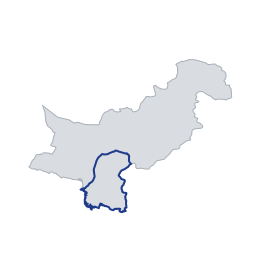 Sind on a map of Pakistan (Natural Earth projection), rotated 19°
{"feature_id": "PAK-1114", "entity_name": "Sind", "entity_type": "Province", "adm_level": 1, "iso_a3": "PAK", "parent_name": "Pakistan", "parent_adm1": "", "projection": "natural_earth1", "projection_center": [68.493, 26.111], "detail": "fine", "context": "in_parent", "style": "outline", "palette": "blue", "viewbox_px": 256, "rotation_deg": 19, "n_neighbors": 0, "source": "natural_earth", "source_scale": "10m", "svg_char_len": 8912}
<svg xmlns="http://www.w3.org/2000/svg" viewBox="0 0 256 256"><g transform="rotate(19 128 128)"><path d="M212.7,57.4L215.9,64.8L215.5,66.3L213.2,67.5L212.3,69.1L211.2,69.7L209.7,69.5L206.6,70.6L205.2,70.6L201.7,72.8L198.9,72.4L196.0,71.0L193.5,70.9L186.4,69.3L182.8,70.8L181.1,74.5L181.3,75.2L182.5,75.7L183.0,76.4L183.1,77.0L182.3,78.5L182.8,79.3L186.0,79.7L186.1,80.2L185.7,81.0L183.4,82.3L183.2,83.2L183.5,84.4L185.1,86.1L184.8,87.7L183.5,89.6L183.6,90.3L184.9,91.8L186.9,93.0L187.2,94.7L186.9,95.4L187.5,95.9L190.8,96.1L190.6,98.1L191.1,99.6L192.3,100.1L194.4,100.0L197.1,101.2L198.2,102.4L198.1,103.3L197.4,104.3L191.8,106.8L189.9,108.6L189.4,110.0L190.4,113.3L189.6,117.0L189.8,117.7L190.6,118.0L190.9,119.0L188.1,120.9L187.7,120.9L184.2,125.9L183.0,127.0L182.8,128.1L183.4,129.9L182.1,131.6L177.4,133.7L175.8,138.8L172.3,145.8L166.2,149.5L165.6,150.2L163.9,154.9L161.9,157.1L161.1,160.0L157.5,161.2L153.5,161.7L150.1,163.3L149.3,163.4L148.1,162.6L147.4,160.3L145.8,159.2L144.9,159.1L142.1,161.5L139.3,166.5L135.4,171.2L134.7,175.4L135.1,176.2L137.6,177.8L141.2,178.4L142.2,179.4L142.0,183.3L141.4,185.2L141.7,187.3L143.5,190.0L145.5,190.4L146.9,190.1L147.8,190.6L147.8,193.8L150.3,198.6L152.2,203.6L151.5,204.5L151.4,205.2L151.4,206.3L152.2,207.1L152.2,207.5L150.5,208.2L149.6,209.3L148.6,209.6L147.1,209.1L146.7,207.2L146.1,207.3L141.7,209.0L140.9,210.2L138.5,210.6L137.5,210.5L135.7,209.1L128.4,208.9L127.6,209.3L127.1,208.6L126.5,209.2L126.4,213.3L123.8,213.2L121.5,213.7L120.2,214.7L119.7,216.1L118.8,214.8L117.8,215.1L116.8,214.1L116.4,215.1L114.7,215.3L114.4,213.8L113.5,214.4L112.8,213.6L112.6,212.5L111.3,211.6L110.7,210.5L110.5,207.9L109.2,202.7L108.4,202.2L104.0,201.3L103.8,200.4L103.9,196.4L102.5,194.4L102.1,193.0L101.0,191.8L99.8,191.4L98.6,191.6L97.7,192.9L100.2,192.7L101.4,193.5L98.8,193.3L94.9,193.9L92.7,194.7L89.6,194.5L85.8,195.3L82.6,195.4L81.3,197.0L80.0,196.3L75.7,195.0L74.7,194.1L73.3,194.9L70.9,194.3L69.1,194.8L68.4,195.5L68.4,196.7L64.8,196.1L63.1,196.5L59.2,195.9L58.2,196.1L55.3,197.7L54.0,196.5L52.8,197.4L50.8,197.7L48.9,197.6L47.0,197.0L47.6,195.6L48.2,189.5L49.2,188.2L49.9,183.9L50.2,183.1L53.0,181.9L53.4,181.2L54.7,181.4L55.5,179.6L56.9,178.7L60.8,177.6L64.9,177.5L65.2,175.0L65.9,174.4L65.9,171.8L66.6,171.1L66.5,170.8L66.0,170.0L65.1,169.4L62.3,169.9L60.6,169.5L60.6,168.1L61.2,166.2L60.5,159.5L60.7,156.2L58.6,156.3L56.3,154.0L51.2,152.2L48.4,148.9L45.3,142.6L45.1,141.2L40.1,134.7L57.9,140.7L69.8,139.5L75.7,140.9L76.5,140.0L78.9,138.9L86.6,138.7L99.1,134.6L100.0,133.2L99.3,132.2L99.2,131.4L99.9,128.5L99.7,124.7L100.4,122.1L101.0,120.7L103.1,119.2L104.6,116.9L105.7,116.0L106.8,115.4L107.9,115.5L108.8,116.3L110.7,116.6L112.5,116.4L115.6,114.9L115.6,114.4L114.1,113.4L113.9,112.7L114.4,112.3L115.7,112.2L118.7,110.5L120.2,108.8L123.3,109.4L125.0,108.8L127.0,110.9L128.0,111.0L130.3,109.6L132.4,107.0L132.0,100.4L133.8,97.1L133.8,96.0L134.3,95.1L134.8,92.6L135.5,92.0L137.0,91.6L139.3,91.3L143.0,89.0L143.3,87.9L141.6,84.6L138.7,80.9L139.0,79.4L140.1,78.8L143.7,80.0L147.2,80.2L151.5,78.9L151.9,77.9L151.9,74.6L150.5,72.5L151.6,71.5L154.0,68.0L155.8,66.7L157.5,63.8L156.7,62.4L157.3,60.8L156.9,58.9L156.4,58.3L155.4,55.1L154.4,53.7L152.7,52.4L153.2,51.3L157.4,47.1L159.0,47.2L159.5,46.5L162.4,44.5L163.1,43.6L168.0,41.9L173.3,41.4L180.3,41.1L183.2,42.0L189.1,39.2L190.1,39.2L192.2,40.3L194.0,39.8L194.9,40.0L197.1,40.8L198.0,43.1L198.4,43.3L199.6,42.8L200.6,43.1L203.0,44.9L204.0,47.8L204.0,50.7L203.3,51.7L203.4,52.3L205.2,53.1L206.0,55.2L207.1,55.4L210.3,54.4L210.5,55.9L212.7,57.4Z" fill="#d9dde1" stroke="#a8b0b8" stroke-width="1"/><path d="M142.5,160.9L141.6,162.0L140.7,164.8L140.4,165.2L139.5,166.2L138.8,167.3L137.5,168.7L136.8,169.2L135.8,170.3L135.4,171.1L135.1,172.1L134.6,175.4L134.7,175.9L135.0,176.3L136.8,177.1L137.2,177.4L138.0,178.2L138.5,178.4L141.1,178.3L141.6,178.4L142.0,178.6L142.3,179.1L142.3,179.6L142.3,180.7L142.3,181.2L142.3,181.4L142.2,181.7L142.1,182.0L142.2,182.8L142.2,183.2L142.0,183.7L141.4,184.8L141.4,185.0L141.4,185.5L141.3,186.2L141.3,186.4L141.5,187.1L141.8,187.7L142.3,188.3L142.7,188.7L142.9,189.0L143.2,189.7L143.3,190.0L143.5,190.2L143.9,190.3L144.6,190.5L145.9,190.4L146.3,190.3L146.7,190.1L147.1,190.0L147.6,190.1L147.8,190.5L147.9,191.0L147.7,193.7L147.8,194.2L148.0,194.5L148.5,195.0L148.5,195.3L148.6,195.6L148.7,195.9L149.1,196.4L149.8,197.0L150.0,197.3L150.1,197.6L150.5,199.4L150.8,200.2L151.1,200.9L151.7,202.0L152.1,203.2L152.4,203.7L152.2,203.9L151.5,204.3L151.3,204.6L151.2,205.0L151.3,205.4L151.5,205.6L151.5,205.9L151.4,206.3L151.4,206.5L151.5,206.6L152.2,206.8L152.6,207.0L152.7,207.3L152.0,207.6L151.9,207.8L151.7,208.0L151.2,207.9L150.8,208.0L150.1,208.5L150.0,208.9L150.2,209.2L150.1,209.3L149.7,209.4L149.3,209.6L149.0,209.7L147.5,209.6L147.1,209.3L146.9,209.1L146.8,208.4L146.7,208.0L146.7,207.8L146.8,207.7L147.0,207.5L146.9,207.1L146.4,207.1L145.2,207.4L144.7,207.8L143.9,207.9L143.7,208.1L143.3,208.4L143.1,208.4L142.9,208.4L142.2,208.7L141.8,208.7L141.7,208.8L141.6,209.0L141.3,209.8L141.2,210.1L140.8,210.5L140.3,210.6L138.1,210.6L137.4,210.5L137.0,210.3L136.1,209.3L135.8,209.1L132.6,209.0L131.8,209.3L131.4,209.4L131.1,209.4L130.5,209.0L130.3,208.9L130.0,209.0L129.6,209.3L129.3,209.4L129.1,209.4L128.9,209.2L128.7,208.8L128.6,208.6L128.4,208.5L128.2,208.6L128.2,208.8L127.8,209.5L127.7,209.6L127.5,209.4L127.4,208.7L127.3,208.4L126.7,208.4L126.4,208.9L126.4,213.2L123.2,213.2L122.7,213.3L122.3,213.6L122.3,213.4L122.2,213.2L122.0,213.3L122.1,213.6L121.9,213.9L121.7,214.0L121.6,213.9L121.4,213.6L121.2,213.7L121.2,213.8L121.2,214.0L121.3,214.2L121.2,214.2L120.7,214.4L120.4,214.9L120.1,214.0L120.1,214.6L120.3,214.9L120.2,215.2L120.0,215.7L120.0,216.0L120.1,216.6L120.1,216.8L119.8,216.7L119.5,216.3L119.5,216.7L119.3,216.7L119.1,216.5L119.0,216.2L119.2,215.9L119.2,215.7L119.3,215.4L119.5,215.3L119.5,215.2L119.4,215.1L119.2,214.9L119.0,214.6L119.0,214.3L119.1,213.8L118.9,213.8L118.6,213.6L118.8,214.7L119.0,215.1L118.8,215.5L118.6,215.8L118.4,215.6L118.4,215.4L118.2,215.3L117.8,215.3L117.7,215.2L117.4,215.0L117.3,214.8L117.3,214.7L117.2,214.5L116.9,214.8L116.9,214.6L116.8,214.1L116.7,214.3L116.6,215.1L116.5,215.3L116.2,215.3L115.8,215.2L115.2,214.9L115.4,215.0L115.5,215.1L115.5,215.3L115.4,215.5L115.2,215.6L114.5,215.4L114.3,215.4L114.2,215.3L114.3,215.1L114.4,214.8L114.5,214.0L114.5,213.9L114.5,213.7L114.3,213.9L114.3,214.5L114.2,214.7L114.1,214.8L113.9,214.7L113.8,214.3L113.6,214.5L113.5,214.4L113.3,214.1L113.2,214.1L113.2,214.4L113.3,214.5L112.7,214.3L112.6,214.2L112.8,214.2L113.0,214.0L113.2,213.7L113.3,213.6L112.9,213.8L112.8,213.6L112.9,213.1L112.4,213.0L112.3,212.9L112.5,212.5L112.6,212.3L113.0,212.2L113.2,211.8L112.9,212.1L112.7,212.1L112.4,211.9L112.1,211.8L111.5,211.9L111.2,211.8L111.0,211.6L111.0,211.2L110.9,210.9L110.6,210.3L110.5,210.1L110.5,209.3L110.4,209.0L110.5,208.7L110.4,208.4L110.7,208.2L111.0,208.2L111.3,208.2L111.1,208.1L110.9,208.0L110.4,208.0L110.3,207.9L110.3,207.5L110.4,206.9L110.3,207.1L110.1,207.2L110.1,206.9L110.0,206.5L109.8,206.3L109.6,206.0L109.8,205.8L109.8,205.7L109.5,205.7L109.4,205.5L109.4,205.3L109.3,204.9L109.5,205.0L109.9,205.0L110.1,204.9L109.6,204.6L109.4,204.6L109.0,204.6L108.9,204.3L109.0,204.0L109.2,203.6L109.5,203.3L109.8,203.1L110.1,202.9L110.0,202.6L109.9,202.5L109.6,202.6L109.2,202.7L109.1,202.4L109.0,202.2L108.9,202.1L108.4,202.2L108.2,202.1L108.2,202.5L108.0,202.4L107.5,202.0L107.3,201.9L107.1,201.8L107.0,201.7L106.9,201.5L106.8,201.8L106.9,202.0L106.6,202.0L106.4,201.8L106.2,201.6L106.0,201.4L105.7,201.4L105.4,201.5L105.1,201.6L104.8,201.4L104.7,201.5L104.1,201.6L103.8,201.7L103.7,201.7L103.4,201.6L103.5,201.3L103.7,201.1L104.0,200.9L105.8,199.3L106.0,199.2L106.5,199.1L106.9,198.9L107.2,198.6L107.5,198.0L107.6,197.8L107.6,197.4L107.6,197.2L108.1,196.5L108.7,196.0L108.8,195.8L109.1,194.8L109.2,194.7L109.1,194.2L109.2,193.9L109.8,192.8L109.8,192.7L110.1,192.5L110.2,192.4L110.3,192.3L110.5,191.7L111.3,190.8L111.5,190.5L112.0,188.9L112.1,188.4L112.2,188.0L112.1,186.7L112.3,185.5L112.3,185.1L112.2,184.7L109.3,178.9L109.3,178.7L109.1,178.1L109.1,177.4L109.0,170.7L108.9,169.4L108.9,169.0L109.0,168.4L109.4,166.4L109.4,166.0L109.5,165.7L109.7,165.4L110.4,164.0L111.2,162.9L111.7,161.5L111.8,161.3L112.3,161.0L113.5,160.9L114.9,160.5L117.6,159.2L118.1,158.4L118.4,158.0L120.8,156.0L121.0,155.7L121.5,155.3L122.5,154.9L122.7,154.7L123.3,153.8L123.5,153.5L123.6,153.4L123.9,153.3L125.1,153.1L127.0,153.3L132.2,153.0L133.7,153.0L134.8,152.5L135.0,152.4L135.3,152.4L135.6,152.5L135.9,152.6L136.0,152.7L136.0,153.0L137.2,153.2L137.5,153.3L137.7,153.8L137.9,154.0L138.1,154.1L138.3,154.3L138.4,154.5L138.4,155.0L138.6,155.5L138.7,155.8L139.3,158.0L139.5,158.4L140.2,159.5L140.6,159.8L141.3,160.3L142.5,160.9ZM111.4,211.9L111.6,212.1L111.8,212.1L112.3,211.9L112.6,212.1L112.4,212.2L112.3,212.6L112.0,212.7L111.8,212.6L111.6,212.4L111.5,212.2L111.4,211.9Z" fill="none" stroke="#1e3a8a" stroke-width="2"/></g></svg>